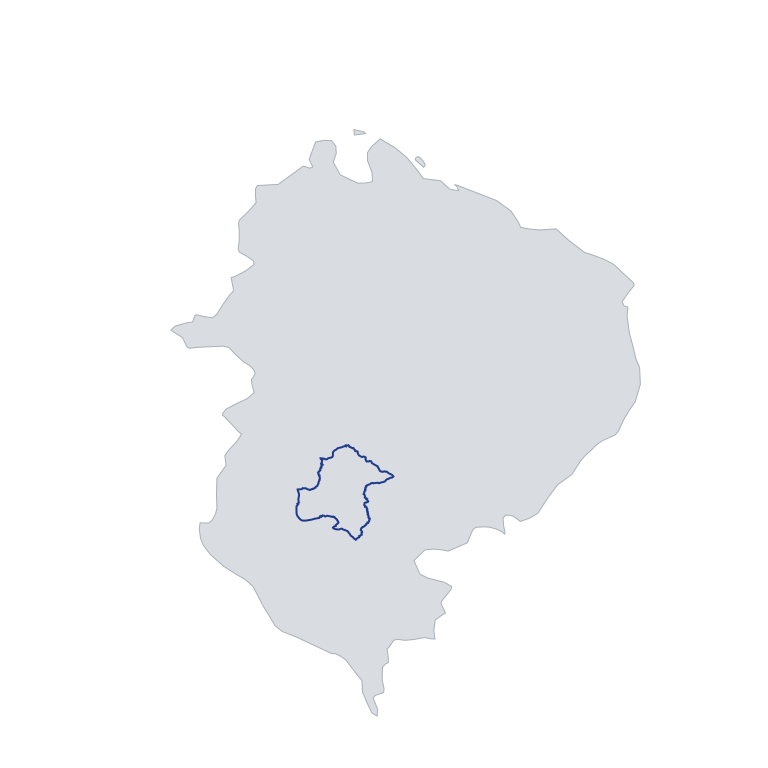 Sambour, Krâchéh, Cambodia (highlighted), rotated 135°
{"feature_id": "14789045B56748216757277", "entity_name": "Sambour", "entity_type": "district", "adm_level": 2, "iso_a3": "KHM", "parent_name": "Cambodia", "parent_adm1": "Krâchéh", "projection": "robinson", "projection_center": [106.055, 13.019], "detail": "fine", "context": "in_parent", "style": "outline", "palette": "blue", "viewbox_px": 768, "rotation_deg": 135, "n_neighbors": 0, "source": "geoboundaries", "source_scale": "gbopen_adm2", "svg_char_len": 8618}
<svg xmlns="http://www.w3.org/2000/svg" viewBox="0 0 768 768"><g transform="rotate(135 384 384)"><path d="M623.7,154.1L625.2,160.0L621.2,171.1L617.1,181.2L609.2,190.1L608.8,196.6L606.1,216.0L607.2,222.2L609.0,227.5L611.6,230.3L618.5,249.3L624.7,266.6L630.9,280.8L631.9,289.8L626.4,312.5L619.8,333.4L620.4,343.8L623.2,354.3L626.2,368.2L627.4,385.9L625.8,397.5L622.8,404.7L617.1,412.1L612.2,415.9L606.3,409.6L601.5,409.3L595.2,411.2L590.2,414.1L580.0,424.9L568.8,435.5L553.2,438.2L547.1,446.0L540.6,447.1L528.3,447.5L520.2,449.3L520.6,453.2L519.9,471.8L520.1,476.1L518.8,477.3L513.3,477.9L503.8,475.0L491.0,470.4L481.9,469.7L477.2,477.8L474.4,481.0L470.9,481.4L467.3,482.9L466.1,486.5L465.8,491.0L467.6,498.7L468.2,511.0L467.8,519.4L471.1,524.7L490.7,542.5L496.4,546.9L497.1,549.6L493.7,559.2L496.7,572.8L490.6,572.6L480.4,566.8L475.5,563.2L469.6,566.0L467.5,565.5L463.5,558.8L458.3,552.0L452.9,551.5L441.5,554.2L429.8,556.1L425.4,556.1L423.6,557.3L416.8,567.5L414.0,565.7L402.2,561.9L391.5,560.4L389.3,563.0L390.6,571.3L393.0,579.4L391.6,582.8L385.7,587.1L377.9,594.8L373.1,600.7L369.8,602.2L358.0,601.9L346.2,602.7L341.4,608.4L337.0,612.8L333.2,613.9L317.8,600.0L287.1,595.2L283.8,589.0L280.9,587.8L278.1,595.8L261.2,603.5L254.2,598.8L249.0,593.2L249.8,586.4L254.7,580.8L263.1,576.7L267.0,562.7L260.6,544.6L255.1,539.3L249.2,535.2L243.0,541.9L237.8,553.4L232.3,559.3L224.7,560.6L213.4,560.1L209.1,543.0L207.7,528.3L209.3,511.5L211.0,501.5L200.3,487.8L199.7,474.8L194.5,468.0L192.9,471.4L193.1,475.2L191.6,472.5L174.7,434.2L171.9,416.4L174.8,402.7L176.6,398.1L171.7,390.9L164.8,382.7L152.6,372.0L151.8,355.1L149.2,335.1L145.5,328.3L140.0,316.0L137.0,305.8L136.1,278.8L137.6,276.7L146.3,275.9L157.4,273.9L159.1,269.6L157.2,266.0L164.3,259.9L174.5,246.5L182.5,232.5L188.1,223.7L191.6,214.9L203.0,202.5L218.8,193.9L229.5,191.9L240.7,189.0L251.4,184.9L256.4,184.5L269.7,189.5L276.8,190.8L284.4,190.7L292.2,191.2L298.9,190.7L315.2,187.2L332.4,190.0L347.8,187.8L366.9,183.8L376.2,186.3L384.8,190.4L385.9,198.6L387.9,202.3L390.7,205.2L394.5,205.2L399.4,199.5L403.4,193.6L404.8,192.5L405.0,195.4L407.0,201.8L410.6,208.1L414.3,212.3L420.4,217.8L424.4,218.1L437.4,212.8L456.9,220.5L459.2,224.3L465.5,232.1L472.4,237.7L487.6,238.0L493.0,224.3L490.4,216.0L481.7,201.4L479.3,192.8L482.1,191.3L496.8,189.7L499.2,188.0L502.4,178.6L506.4,179.6L514.6,180.9L523.2,174.4L528.3,167.6L531.1,170.7L534.1,175.5L537.5,178.2L543.7,182.3L550.5,188.0L554.8,193.7L558.2,195.9L566.9,194.3L569.2,194.5L574.3,187.7L577.9,184.0L580.9,185.0L585.3,184.9L594.4,176.2L599.6,168.3L602.5,166.1L610.6,170.1L613.9,169.3L618.6,158.3L623.7,154.1ZM203.4,520.4L201.7,521.4L200.2,521.3L198.5,519.8L198.7,513.6L199.9,509.8L202.7,509.1L203.4,520.4ZM228.9,581.0L225.4,585.2L220.0,576.6L220.0,574.2L228.9,581.0Z" fill="#d9dde1" stroke="#a8b0b8" stroke-width="1"/><path d="M451.3,358.5L450.9,360.3L451.2,360.7L451.8,360.9L452.0,361.9L452.2,362.9L452.5,363.1L452.9,363.7L452.9,364.0L452.4,365.2L452.4,365.9L452.9,366.0L454.1,366.8L454.2,367.3L454.9,366.8L455.2,367.6L455.4,367.5L456.9,368.5L458.9,369.3L462.0,371.3L464.1,371.4L465.6,371.9L466.5,372.0L468.0,371.9L468.6,371.7L470.5,369.7L471.4,369.1L472.3,369.0L473.1,369.2L475.7,370.8L476.6,371.1L477.7,371.2L477.9,371.3L478.6,372.1L479.7,374.5L480.9,375.6L481.4,376.3L481.7,375.9L481.6,374.1L481.6,373.7L482.9,372.9L483.1,372.9L483.2,372.7L483.7,372.5L483.6,372.4L484.0,371.8L484.0,372.0L484.1,371.8L484.2,372.0L484.9,372.1L485.0,371.9L485.1,371.6L484.9,371.1L485.3,371.0L485.2,370.7L485.4,370.5L485.3,370.4L485.6,370.4L486.0,370.2L486.3,370.1L486.5,369.8L486.8,369.8L487.2,369.3L487.5,369.3L487.6,369.2L487.7,369.3L487.8,369.5L488.0,369.3L488.3,369.5L488.7,369.4L488.8,369.1L489.2,369.0L489.6,368.5L490.0,368.4L490.1,368.1L490.3,368.2L490.5,368.1L490.8,368.1L491.1,368.3L491.4,368.2L491.6,367.9L492.3,368.1L492.9,368.1L493.4,367.9L493.6,366.8L493.9,366.6L494.0,366.6L494.3,366.0L494.5,366.0L494.6,365.5L494.4,365.1L494.6,365.1L494.8,364.6L495.3,364.0L495.3,363.6L495.7,363.2L496.0,362.7L496.8,362.1L497.1,362.0L497.2,361.9L497.4,361.7L497.6,361.8L497.8,361.4L498.9,361.2L499.3,361.0L499.7,360.9L500.6,360.0L501.0,360.0L503.1,359.1L503.4,359.1L504.3,359.5L505.3,359.4L505.5,359.2L505.8,359.1L506.5,359.6L507.1,359.5L508.2,360.2L508.6,360.0L509.5,360.9L510.7,361.1L511.5,361.5L511.6,361.9L512.1,363.1L512.7,363.9L512.8,364.3L512.7,364.6L513.1,365.7L513.5,366.1L514.5,366.9L514.9,367.5L515.0,367.8L515.6,367.9L516.3,367.8L516.5,367.8L517.5,368.6L518.9,369.9L519.7,370.5L520.5,369.1L521.5,366.9L522.9,365.3L525.1,363.7L525.9,363.2L526.5,362.7L527.1,361.6L528.1,360.8L528.2,360.6L528.6,360.5L528.5,360.3L528.8,360.3L529.3,360.4L529.5,360.0L529.8,360.2L529.8,359.8L530.3,359.9L530.5,359.6L531.1,359.5L531.3,359.4L531.8,359.6L532.2,359.5L533.7,358.1L537.0,354.7L537.9,353.5L538.5,352.0L538.9,349.0L538.9,347.0L538.6,345.9L538.2,345.1L537.6,344.4L535.4,342.3L532.1,340.0L530.8,339.1L527.9,337.5L524.8,335.3L524.7,335.2L524.4,335.4L524.1,335.1L523.6,335.1L522.8,335.6L522.6,335.2L522.2,335.2L522.0,334.9L522.0,334.7L521.8,334.8L521.8,334.7L521.7,334.7L521.4,334.4L520.4,334.4L520.4,334.1L519.6,333.3L519.4,332.9L519.3,331.9L518.2,331.4L517.7,331.2L517.0,330.7L516.3,329.4L515.5,328.2L515.1,327.8L515.1,327.4L514.9,327.2L514.7,327.0L514.5,326.5L514.2,326.5L513.9,326.1L513.6,326.1L513.3,325.4L513.4,325.0L513.2,324.9L513.1,324.3L513.3,323.7L513.3,322.8L513.1,322.2L513.3,320.9L513.6,320.4L513.6,319.6L513.8,319.2L514.1,318.3L514.5,318.1L517.9,318.3L518.2,318.0L518.7,318.0L518.8,317.8L519.0,318.0L520.3,318.6L520.7,318.4L520.9,318.5L521.6,318.6L521.8,318.2L521.7,317.4L521.1,315.9L519.2,313.4L518.3,312.7L517.2,312.3L516.1,311.6L515.9,311.1L515.9,310.3L515.7,309.8L514.4,307.3L514.2,306.5L513.9,305.9L513.8,305.0L514.2,303.7L514.2,302.2L514.6,300.9L514.8,300.1L514.5,299.0L514.5,298.5L514.2,297.9L514.4,297.5L514.4,296.9L514.5,296.2L514.2,295.5L514.3,295.0L514.1,293.8L512.6,293.9L511.6,293.8L511.0,293.7L510.0,293.1L509.5,293.3L509.1,294.0L508.4,293.5L507.8,293.7L507.2,293.4L506.7,293.5L506.2,293.2L505.8,294.0L505.1,294.7L504.4,294.5L504.0,295.1L503.8,295.6L503.8,297.0L503.7,297.2L502.0,298.1L500.7,297.8L500.3,298.1L499.4,297.5L498.8,297.3L498.1,297.5L497.6,297.2L497.3,297.3L496.8,297.1L496.5,297.3L496.0,297.2L495.8,297.5L495.2,297.6L494.6,297.4L494.3,297.4L493.8,297.1L493.5,297.6L493.3,297.4L493.1,297.6L492.4,297.3L492.0,297.5L491.6,297.5L491.3,297.8L491.0,297.8L490.8,298.2L490.5,298.2L490.0,298.6L489.7,298.5L489.1,299.0L489.2,299.6L489.3,300.1L489.5,299.9L489.5,300.0L489.3,300.8L488.7,301.0L488.3,301.9L488.1,301.9L488.0,302.5L488.0,303.0L487.9,303.0L487.6,303.3L487.4,303.3L486.9,303.5L486.8,303.8L486.9,304.2L486.8,304.6L486.8,304.8L486.6,305.0L486.3,305.0L485.9,305.0L485.7,305.6L485.8,306.2L485.5,306.4L485.4,306.6L484.9,306.7L484.9,306.9L484.6,307.1L484.7,307.3L484.3,307.6L484.4,308.0L484.0,308.6L483.7,308.8L483.8,309.2L483.6,309.4L483.7,309.5L483.6,309.8L483.5,310.0L483.7,310.5L483.9,310.6L483.6,310.8L483.8,311.2L483.7,311.3L483.7,311.7L483.5,312.1L483.5,312.5L483.0,312.6L481.8,313.7L481.2,313.5L480.4,312.8L479.7,312.4L478.5,312.0L478.2,312.1L478.0,312.6L477.9,314.0L478.0,315.7L477.8,316.1L477.8,316.4L477.5,316.2L477.7,316.8L477.4,317.3L477.3,317.6L477.0,317.8L476.9,318.2L476.4,318.7L476.3,319.0L476.3,319.3L476.0,319.6L476.2,320.6L475.5,320.7L475.0,321.0L474.5,321.5L474.2,321.6L473.8,321.7L473.0,322.2L472.9,322.0L472.7,322.0L472.5,321.9L472.3,322.3L471.6,322.6L471.6,322.9L471.1,323.1L471.1,323.3L470.7,323.4L470.5,323.8L470.0,323.8L469.4,324.3L468.9,324.0L468.7,324.5L467.5,324.4L466.3,323.8L465.9,323.5L465.6,323.5L465.1,323.2L464.9,323.2L464.2,323.0L463.6,323.1L463.1,322.7L462.7,322.6L462.0,322.1L461.7,321.2L461.0,320.8L458.2,318.6L458.0,318.2L458.0,317.7L457.1,317.0L456.4,316.8L452.7,314.6L451.9,314.4L450.0,314.7L449.3,314.6L448.5,314.0L445.6,313.1L444.4,312.1L444.1,312.0L442.7,312.0L442.6,313.5L442.6,314.2L443.7,317.3L443.9,318.2L443.9,319.3L444.2,320.4L444.8,320.7L445.1,321.6L445.5,321.8L446.0,322.2L446.5,322.6L447.1,322.8L447.4,323.3L447.5,323.9L448.1,324.4L448.2,324.7L448.3,325.6L448.1,325.9L448.1,326.4L447.6,327.5L447.6,328.1L447.2,328.8L447.3,329.0L447.1,329.8L446.8,330.0L446.7,330.4L446.9,330.9L447.7,333.5L448.0,335.0L448.4,336.0L448.5,336.7L447.8,338.1L447.8,338.6L448.4,339.6L448.8,339.7L449.0,339.9L449.6,340.0L450.4,341.0L451.0,341.3L451.1,341.6L451.0,342.0L450.6,343.0L450.4,343.8L449.0,344.7L448.9,345.0L449.5,347.0L450.8,347.6L451.1,347.8L451.8,349.6L451.9,350.2L452.2,351.1L451.7,353.2L451.3,353.8L450.6,354.5L450.4,354.8L450.5,355.1L450.8,355.5L450.9,355.9L451.3,356.1L451.7,357.0L451.2,357.4L451.3,358.5Z" fill="none" stroke="#1e3a8a" stroke-width="2"/></g></svg>